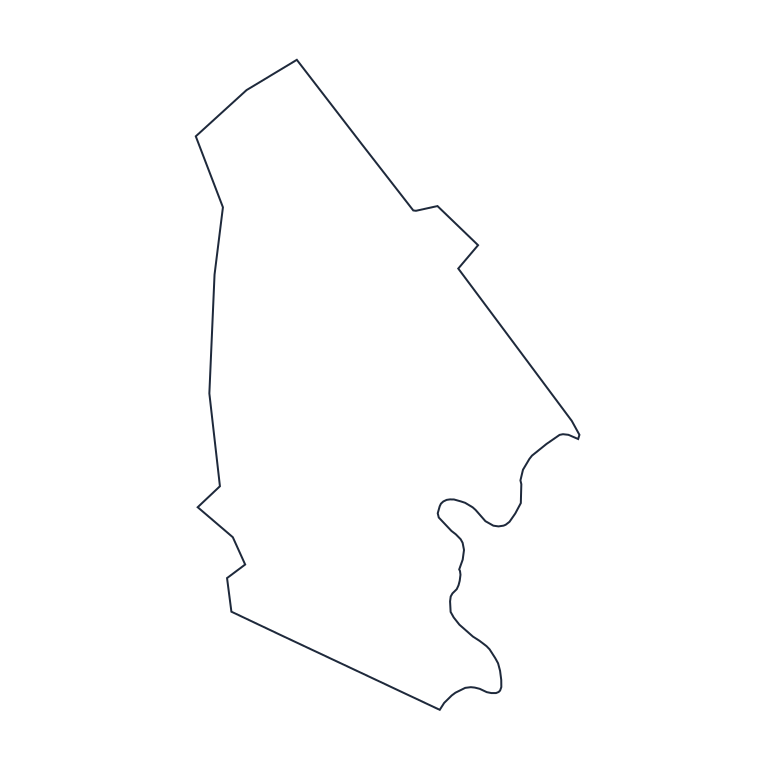 Jackson, West Virginia, United States of America (orthographic projection), rotated 177°
{"feature_id": "52423323B94363624376264", "entity_name": "Jackson", "entity_type": "district", "adm_level": 2, "iso_a3": "USA", "parent_name": "United States of America", "parent_adm1": "West Virginia", "projection": "orthographic", "projection_center": [-81.764, 38.825], "detail": "fine", "context": "isolated", "style": "outline", "palette": "slate", "viewbox_px": 768, "rotation_deg": 177, "n_neighbors": 0, "source": "geoboundaries", "source_scale": "gbopen_adm2", "svg_char_len": 1277}
<svg xmlns="http://www.w3.org/2000/svg" viewBox="0 0 768 768"><g transform="rotate(177 384 384)"><path d="M321.3,558.9L343.0,555.3L345.7,555.8L393.8,624.9L454.1,712.3L505.9,684.7L559.0,641.2L535.6,568.9L547.5,502.1L558.9,383.7L553.2,290.5L576.5,270.7L543.0,238.9L532.1,211.0L550.9,198.4L548.3,164.6L501.8,139.5L345.4,55.7L340.6,62.4L332.7,69.4L328.8,72.0L318.8,76.3L313.2,76.7L309.3,76.1L304.4,74.6L297.5,70.9L292.8,69.7L288.3,69.5L285.7,70.4L284.1,71.8L282.7,75.2L282.4,82.3L283.1,91.5L284.7,99.1L287.3,104.5L292.5,113.6L295.4,116.9L302.0,122.5L308.4,127.1L321.3,139.7L326.6,147.2L329.4,152.9L329.4,163.5L328.5,168.3L326.6,171.3L322.1,175.3L320.1,179.1L318.7,183.5L317.6,189.5L317.9,193.3L318.6,194.9L314.6,204.5L312.8,214.0L313.0,215.6L313.8,221.3L315.6,225.0L320.2,230.2L324.3,233.7L336.3,247.8L337.1,252.1L334.8,258.9L333.4,261.5L330.9,263.6L327.5,265.0L324.2,265.3L320.1,265.0L313.3,262.7L309.2,261.1L301.9,256.2L299.1,253.4L289.9,241.7L282.2,236.8L277.1,235.8L272.0,236.3L269.8,237.1L265.9,239.8L259.7,247.8L253.6,257.9L252.1,276.8L252.8,280.6L249.7,291.1L242.7,301.6L240.0,304.7L224.9,315.6L211.3,324.0L207.9,324.5L202.5,323.6L193.0,318.9L191.5,323.0L198.4,337.3L266.1,438.9L303.8,495.4L282.8,517.7L321.3,558.9Z" fill="none" stroke="#1e293b" stroke-width="2"/></g></svg>